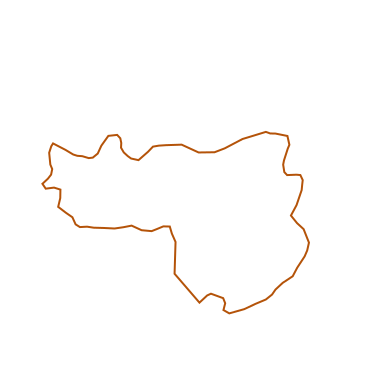 Ulju-gun, Ulsan, South Korea, rotated 137°
{"feature_id": "91817680B44823551048989", "entity_name": "Ulju-gun", "entity_type": "district", "adm_level": 2, "iso_a3": "KOR", "parent_name": "South Korea", "parent_adm1": "Ulsan", "projection": "robinson", "projection_center": [129.199, 35.518], "detail": "fine", "context": "isolated", "style": "outline", "palette": "amber", "viewbox_px": 384, "rotation_deg": 137, "n_neighbors": 0, "source": "geoboundaries", "source_scale": "gbopen_adm2", "svg_char_len": 1354}
<svg xmlns="http://www.w3.org/2000/svg" viewBox="0 0 384 384"><g transform="rotate(137 192 192)"><path d="M124.5,111.1L110.5,118.6L106.3,122.3L102.9,125.2L101.2,130.5L103.8,133.4L110.9,139.5L110.9,143.6L106.7,149.8L103.3,152.3L92.4,158.4L88.6,160.1L84.0,167.9L91.1,177.8L94.9,181.5L95.9,183.5L97.0,185.6L112.2,193.0L118.9,196.3L138.3,201.6L148.4,205.7L160.2,216.4L167.3,233.7L179.1,244.0L184.6,248.5L189.6,251.8L196.8,251.4L209.4,251.8L213.7,258.0L214.5,262.1L214.9,267.5L213.7,272.8L210.3,276.1L207.8,280.2L207.8,284.8L209.4,286.0L214.9,290.1L220.8,288.9L226.7,287.7L234.7,284.4L241.1,284.8L244.4,287.2L247.8,293.0L251.2,296.7L253.3,300.4L255.8,309.1L260.5,322.3L263.8,321.4L269.7,318.1L276.9,308.7L278.6,304.1L283.2,300.8L288.3,300.0L295.8,300.0L296.7,294.2L289.9,289.3L286.6,283.5L292.5,277.4L300.0,272.4L298.4,262.9L296.7,255.1L299.2,247.7L297.9,242.8L292.4,238.2L288.2,232.9L281.1,225.9L273.5,218.1L266.3,213.1L259.1,208.6L254.9,198.4L248.2,190.9L243.1,188.9L236.4,186.4L235.8,185.8L231.8,181.9L233.7,178.1L235.1,175.3L238.1,166.7L260.5,144.1L262.0,106.0L251.5,106.0L247.5,104.7L241.6,93.1L243.6,88.0L249.5,84.2L247.5,77.8L233.7,70.7L221.9,66.9L211.3,63.0L203.4,62.4L197.5,63.7L187.7,63.7L175.8,61.7L166.6,64.9L153.5,68.1L147.6,70.7L141.0,75.2L135.7,88.7L136.4,97.6L135.7,107.3L124.5,111.1Z" fill="none" stroke="#b45309" stroke-width="2"/></g></svg>